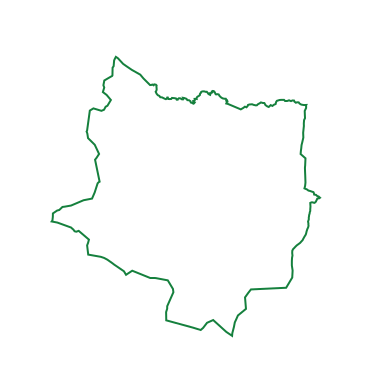 Warji, Bauchi, Nigeria (Mercator projection), rotated 25°
{"feature_id": "59680162B82946706311025", "entity_name": "Warji", "entity_type": "district", "adm_level": 2, "iso_a3": "NGA", "parent_name": "Nigeria", "parent_adm1": "Bauchi", "projection": "mercator", "projection_center": [9.757, 11.144], "detail": "fine", "context": "isolated", "style": "outline", "palette": "green", "viewbox_px": 384, "rotation_deg": 25, "n_neighbors": 0, "source": "geoboundaries", "source_scale": "gbopen_adm2", "svg_char_len": 4087}
<svg xmlns="http://www.w3.org/2000/svg" viewBox="0 0 384 384"><g transform="rotate(25 192 192)"><path d="M65.9,101.7L65.8,103.6L65.8,105.6L67.0,108.9L67.8,111.1L67.5,112.9L70.6,119.9L70.6,120.5L67.8,124.5L65.4,128.0L66.6,132.7L68.3,134.4L69.0,139.1L73.6,140.1L79.6,142.9L78.9,149.6L77.7,151.2L77.5,154.6L75.6,156.7L67.3,157.9L65.0,161.4L71.0,180.8L70.9,181.7L72.4,183.2L75.0,187.1L83.9,190.3L91.7,196.8L91.0,201.6L90.5,203.7L103.9,221.7L103.3,222.5L102.8,224.0L104.0,233.6L104.0,233.9L104.2,240.2L97.2,245.3L88.1,255.4L82.8,259.1L80.9,260.3L80.1,262.4L79.3,264.4L77.6,265.8L75.0,270.2L76.4,273.4L77.5,276.7L77.3,278.0L82.9,276.6L97.5,275.3L99.2,275.9L100.2,276.1L102.2,277.2L103.9,276.9L105.7,275.1L118.7,278.7L119.3,282.0L119.5,284.7L124.4,292.6L136.7,289.3L140.2,288.9L143.9,289.1L150.0,290.2L152.2,290.7L163.8,292.6L167.2,294.9L171.1,288.6L190.4,287.6L195.3,285.4L207.4,282.3L215.7,287.9L217.5,290.7L217.8,306.0L218.8,308.2L219.3,311.8L221.3,315.9L222.9,319.2L250.3,314.5L258.2,313.4L259.5,310.5L260.9,304.2L265.3,299.1L282.2,304.3L289.1,305.4L288.2,302.9L287.0,296.4L285.9,292.1L285.9,288.8L285.8,284.5L290.3,275.1L284.6,265.1L285.6,259.7L285.8,258.9L286.6,255.4L317.8,239.0L319.0,227.2L316.4,220.7L313.5,216.3L311.6,212.2L310.5,209.4L309.9,207.1L308.8,205.3L308.4,204.5L307.7,202.8L307.8,200.9L308.2,199.9L308.8,198.0L309.5,196.1L310.6,194.1L311.5,192.4L312.0,190.7L312.6,188.9L312.6,187.8L312.8,184.9L313.1,182.5L312.9,181.1L312.5,179.3L312.2,176.9L312.2,175.0L311.9,173.4L311.1,172.1L310.8,171.3L309.7,169.8L309.5,168.1L309.4,167.4L308.6,165.7L308.3,164.5L307.9,163.4L307.7,161.8L307.3,160.6L307.2,159.2L306.6,158.0L306.1,156.7L305.5,155.1L304.8,153.8L304.2,152.7L303.8,151.9L304.3,151.3L305.1,150.6L306.4,150.3L307.4,150.2L307.9,149.6L308.4,148.2L308.3,147.4L308.4,146.0L308.3,145.1L308.8,144.6L309.7,144.2L310.4,143.1L308.8,142.6L307.0,142.7L305.6,142.2L303.8,142.7L303.2,141.8L302.6,141.2L302.1,140.8L300.5,141.0L298.4,141.2L296.9,141.5L295.1,141.1L292.4,141.2L291.9,138.6L291.3,136.8L290.8,135.4L287.5,128.9L286.4,126.8L284.2,122.5L283.6,120.9L283.5,120.5L280.6,113.5L274.4,111.7L273.3,108.7L272.5,106.1L271.5,103.3L271.3,102.4L271.0,100.7L269.9,95.6L267.7,91.3L265.5,84.9L264.4,82.7L263.2,79.5L263.2,78.2L263.2,77.3L262.1,75.2L259.9,70.9L259.9,67.6L259.3,66.3L258.8,65.5L258.8,64.8L256.7,65.9L254.1,66.6L252.1,66.4L250.8,65.7L249.3,66.3L248.4,67.2L246.7,66.8L245.8,66.0L244.3,66.6L243.3,67.8L241.2,67.9L239.9,69.2L238.8,69.8L237.9,70.2L236.5,69.6L234.1,70.7L232.5,71.6L230.4,73.5L230.2,74.9L230.6,77.0L229.5,78.1L228.5,80.0L226.6,80.0L225.6,82.5L224.1,82.6L221.9,82.2L220.0,80.8L218.5,81.4L216.6,81.7L216.1,82.6L214.6,84.7L214.2,85.9L213.3,86.5L211.0,87.0L209.4,87.1L207.1,88.4L206.0,89.4L206.1,90.4L205.6,92.2L203.9,92.3L202.9,94.2L201.3,96.5L190.1,96.9L187.4,97.0L185.7,97.3L185.7,96.1L184.8,95.1L185.7,94.8L185.0,94.0L184.2,93.9L183.2,93.2L181.9,93.8L180.2,94.2L178.4,94.0L176.4,93.3L174.9,92.3L173.4,92.7L172.6,93.4L171.8,93.2L171.0,92.4L169.7,91.5L168.9,91.4L168.0,91.7L167.5,92.5L168.3,93.2L167.7,94.0L166.6,94.8L167.3,95.5L167.4,96.3L166.4,96.3L165.2,96.1L164.3,95.5L163.0,94.9L162.2,95.4L160.7,95.6L159.5,96.1L158.6,96.7L158.0,97.6L158.2,98.3L157.8,99.1L157.8,99.9L158.2,100.6L157.8,101.6L157.4,102.4L156.8,103.1L156.5,103.8L156.5,105.1L156.9,105.7L155.9,106.0L155.0,106.5L155.7,107.5L155.3,108.5L154.6,109.1L155.2,109.9L156.6,109.7L156.4,110.8L155.9,111.4L154.6,111.2L153.1,111.4L152.2,110.4L150.6,110.1L149.0,110.7L147.6,109.9L145.3,110.1L144.2,110.4L144.8,110.9L144.7,111.9L143.5,112.3L142.2,112.0L140.6,112.5L140.0,113.5L140.0,114.4L139.1,114.8L138.1,114.0L137.0,114.2L135.5,114.7L134.1,115.2L133.9,116.4L132.7,117.1L131.3,117.7L130.1,116.6L129.6,116.9L129.8,117.9L129.1,118.9L127.8,119.0L124.9,118.9L123.2,119.5L121.8,118.7L120.1,118.7L118.4,117.9L116.7,116.5L116.9,115.2L116.6,113.9L115.8,112.5L115.1,111.2L114.9,110.4L113.9,110.0L112.3,110.4L112.1,111.5L110.6,111.4L110.0,112.1L108.8,112.8L100.0,109.6L95.5,107.5L94.1,107.4L86.5,106.8L86.2,106.8L79.4,105.7L75.5,105.0L74.7,104.7L68.4,102.1L65.9,101.7Z" fill="none" stroke="#15803d" stroke-width="2"/></g></svg>